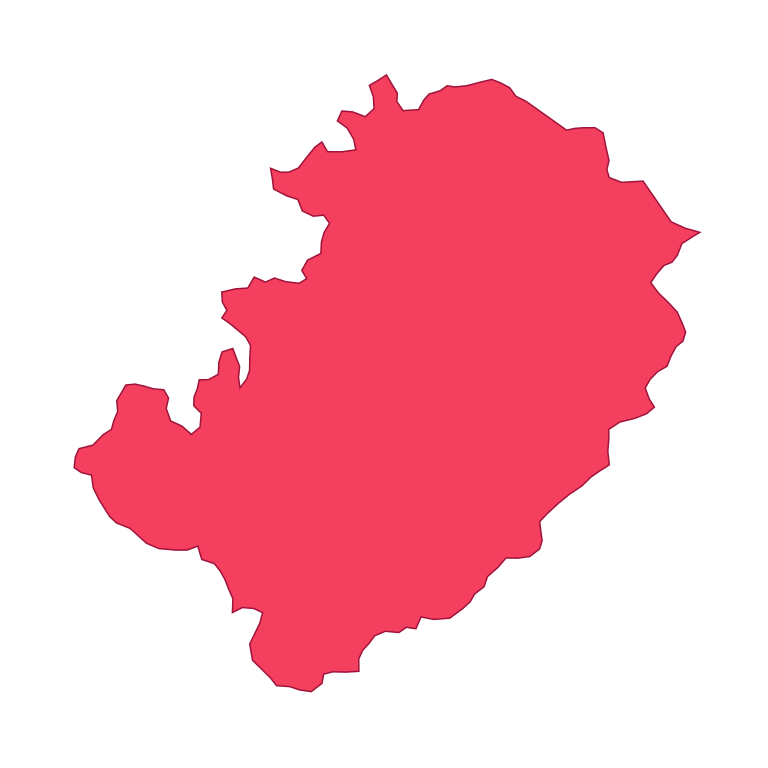 Tomar do Geru, Sergipe, Brazil, rotated 95°
{"feature_id": "56859067B43639455387772", "entity_name": "Tomar do Geru", "entity_type": "district", "adm_level": 2, "iso_a3": "BRA", "parent_name": "Brazil", "parent_adm1": "Sergipe", "projection": "albers", "projection_center": [-37.876, -11.378], "detail": "fine", "context": "isolated", "style": "filled", "palette": "rose", "viewbox_px": 768, "rotation_deg": 95, "n_neighbors": 0, "source": "geoboundaries", "source_scale": "gbopen_adm2", "svg_char_len": 2759}
<svg xmlns="http://www.w3.org/2000/svg" viewBox="0 0 768 768"><g transform="rotate(95 384 384)"><path d="M693.9,464.7L693.7,451.5L696.1,441.6L696.8,429.7L687.7,419.7L678.3,418.8L675.2,410.1L674.3,396.7L672.4,384.0L660.0,385.2L651.1,382.0L644.0,376.5L635.5,371.2L630.2,361.1L630.3,347.5L624.4,340.5L625.0,330.9L612.8,326.8L614.2,314.1L611.6,298.2L600.9,286.0L593.3,279.1L585.3,275.4L577.3,266.7L566.8,264.1L556.4,254.2L546.7,247.3L545.8,235.5L543.2,223.8L534.7,214.6L526.2,212.8L517.7,214.8L507.5,216.9L499.0,210.2L487.9,200.1L477.7,189.7L468.3,178.0L458.6,169.7L451.9,161.6L444.9,152.5L431.4,155.2L419.8,155.2L409.6,156.1L401.3,145.7L396.4,131.2L390.7,119.8L383.4,112.6L376.0,118.4L365.2,123.4L356.2,119.3L347.9,112.6L341.6,103.6L330.9,100.4L321.2,96.2L315.3,90.0L306.1,88.0L298.5,91.7L286.9,98.1L278.9,106.8L269.5,118.4L259.8,127.1L250.0,121.6L241.5,115.4L237.5,107.7L230.4,103.1L218.1,99.4L211.0,90.3L205.4,82.6L202.5,97.8L197.4,112.1L159.3,143.6L162.4,164.8L158.8,177.5L151.2,180.7L141.8,179.3L129.5,183.3L114.8,187.6L110.3,196.1L111.3,207.4L112.7,216.0L115.2,224.3L89.9,267.3L85.9,277.7L77.9,284.6L73.9,294.0L71.2,303.2L74.8,314.0L79.7,327.7L81.9,338.9L81.4,347.2L86.9,353.5L91.3,364.5L98.0,369.3L107.7,373.5L110.0,388.9L101.5,395.8L93.0,396.1L85.6,401.6L75.9,408.5L82.5,417.0L87.8,424.6L98.9,419.6L110.5,417.9L119.4,426.0L115.7,438.7L115.7,449.7L126.0,453.4L132.2,443.0L142.9,435.5L153.2,432.5L156.3,446.0L157.5,460.5L148.3,467.0L154.0,473.4L163.0,479.5L176.4,488.2L181.2,497.2L182.1,505.5L179.0,515.8L189.2,513.1L199.4,511.0L205.1,497.2L207.7,485.9L218.8,480.4L223.0,469.1L221.1,458.7L228.7,452.3L238.4,456.9L247.8,458.7L259.4,458.3L267.3,471.0L278.1,475.8L285.7,470.2L291.1,477.4L290.6,491.0L288.0,502.3L292.8,511.0L288.8,522.6L300.3,528.1L302.2,540.3L306.5,553.6L316.4,552.2L324.3,547.0L332.3,551.3L337.7,542.1L343.4,534.0L349.1,525.8L357.3,520.3L368.9,520.0L382.0,519.1L391.0,521.2L400.4,527.2L390.2,529.5L378.9,529.4L370.9,533.4L361.8,537.7L366.1,548.1L376.8,550.4L388.8,549.9L395.0,559.4L395.9,568.4L404.7,569.5L413.7,572.1L422.2,571.6L429.1,563.5L443.0,563.5L451.0,571.6L443.5,581.7L439.4,593.3L427.4,598.8L416.8,597.4L408.9,602.9L408.9,613.3L407.0,622.9L405.8,631.9L407.5,641.1L415.5,644.8L423.9,648.8L434.5,646.9L444.7,650.1L452.9,651.5L458.9,659.3L470.2,668.6L475.0,682.2L483.5,685.1L494.3,685.4L498.6,677.8L500.3,667.4L512.8,664.6L523.9,657.9L533.6,650.6L540.0,645.7L545.7,638.4L550.0,624.3L557.7,614.2L563.4,606.6L567.6,593.9L567.6,584.9L567.6,576.2L566.5,565.3L561.7,555.4L574.7,550.2L577.8,537.2L585.2,530.4L592.5,525.5L602.7,520.4L611.1,515.8L624.9,515.1L619.0,505.5L619.0,494.2L622.3,485.0L632.9,486.8L642.6,490.5L654.7,495.1L670.7,490.9L679.5,480.1L686.8,471.4L693.9,464.7Z" fill="#f43f5e" stroke="#9f1239" stroke-width="1.5"/></g></svg>